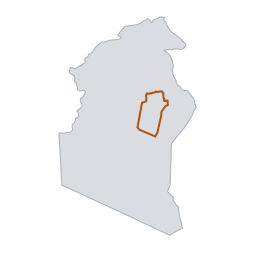 where Barh El Gazel sits in Chad, rotated 177°
{"feature_id": "TCD-5581", "entity_name": "Barh El Gazel", "entity_type": "Prefecture", "adm_level": 1, "iso_a3": "TCD", "parent_name": "Chad", "parent_adm1": "", "projection": "mercator", "projection_center": [16.439, 14.695], "detail": "fine", "context": "in_parent", "style": "outline", "palette": "amber", "viewbox_px": 256, "rotation_deg": 177, "n_neighbors": 0, "source": "natural_earth", "source_scale": "10m", "svg_char_len": 4508}
<svg xmlns="http://www.w3.org/2000/svg" viewBox="0 0 256 256"><g transform="rotate(177 128 128)"><path d="M197.1,74.5L197.1,80.7L197.1,86.9L197.1,93.1L197.1,99.3L197.1,105.4L197.1,111.5L197.1,117.6L197.2,123.7L197.2,125.8L197.0,126.6L196.9,126.7L196.7,126.8L193.5,126.2L192.2,126.2L190.3,126.7L187.4,126.9L185.6,126.8L184.4,127.9L183.4,129.1L183.8,132.1L183.7,133.1L183.4,134.2L182.5,135.1L181.6,135.8L181.1,136.4L180.5,137.8L180.0,138.4L180.1,139.2L179.9,140.1L179.4,140.6L178.1,141.0L177.3,141.4L176.6,142.0L176.1,142.5L176.4,143.1L176.7,144.0L176.9,145.3L177.0,146.1L177.7,146.7L178.0,147.2L178.2,147.7L177.8,148.2L176.2,149.2L175.6,149.5L174.8,150.0L174.6,150.2L173.4,151.1L172.8,152.0L172.5,152.6L172.5,153.6L173.1,155.0L173.8,156.2L174.0,157.1L174.2,158.1L174.1,159.0L173.8,159.8L173.2,160.5L171.0,161.9L169.9,163.4L169.0,165.3L168.8,166.3L169.1,166.9L169.5,167.5L170.2,167.8L171.1,167.9L172.7,167.6L174.2,167.4L175.7,168.0L176.6,169.5L176.2,170.7L176.8,172.7L177.4,175.2L177.3,176.0L177.5,176.3L178.5,176.4L178.7,177.0L178.4,181.3L178.9,182.5L179.5,183.4L180.3,183.8L181.0,184.4L181.4,184.8L182.3,184.9L183.2,185.7L183.5,186.7L183.4,187.7L182.9,189.9L182.4,191.4L181.8,191.3L180.7,190.9L179.3,190.6L177.6,190.3L176.0,190.9L174.2,191.7L173.7,192.3L173.2,192.6L172.4,192.6L171.7,192.7L171.3,193.2L170.7,193.8L168.1,195.1L167.6,195.5L167.3,196.0L167.3,196.5L167.5,197.5L167.5,198.7L166.9,199.8L166.3,200.5L165.5,200.7L164.9,200.9L164.5,201.3L163.2,203.6L162.6,204.0L161.5,204.0L158.1,207.5L157.8,208.5L156.6,209.9L155.0,211.5L153.6,212.3L153.5,212.6L153.1,212.9L152.3,213.3L149.3,215.3L145.8,215.2L144.2,215.9L142.7,216.3L140.5,216.7L139.8,216.6L137.0,216.8L133.6,216.7L132.4,217.0L131.2,217.8L130.3,218.4L130.1,218.6L130.3,218.9L130.2,219.1L132.6,220.7L133.2,221.5L132.6,222.3L132.3,222.4L131.9,223.0L130.5,224.8L128.4,227.0L127.3,227.6L126.9,228.0L126.4,229.4L126.0,229.6L124.6,229.8L121.7,229.9L117.8,230.4L115.5,230.6L114.0,230.4L111.9,231.4L111.2,231.7L110.8,231.7L108.7,232.7L107.0,234.2L106.4,234.4L104.0,235.1L103.1,236.1L102.6,236.2L101.1,234.8L100.1,233.6L99.6,232.4L99.5,232.0L99.2,232.1L98.4,232.6L97.7,233.2L97.3,234.4L94.9,235.2L92.7,235.9L91.8,236.7L90.3,237.2L88.4,237.0L87.0,236.6L85.5,236.5L86.2,235.5L86.5,234.7L86.5,233.7L86.4,233.0L85.6,232.7L85.0,232.2L83.8,229.1L82.5,225.9L80.7,222.8L78.8,220.8L77.4,219.6L76.9,219.5L76.2,219.1L75.7,218.7L73.1,216.6L70.5,214.2L69.8,213.2L68.4,211.5L66.9,209.9L66.2,209.1L65.8,207.7L66.8,206.5L67.9,204.9L69.3,203.9L71.0,203.8L73.9,204.3L77.1,204.4L80.2,204.1L81.0,203.9L81.8,203.9L83.4,204.2L86.3,204.2L87.8,203.5L86.2,202.5L84.5,200.7L82.8,198.9L81.9,197.2L81.0,195.0L80.1,192.3L79.6,188.8L79.7,186.8L79.9,185.4L80.8,183.0L80.2,181.7L80.4,180.6L80.3,179.0L80.0,178.1L78.9,175.4L78.7,175.1L77.7,173.3L77.2,170.1L76.1,168.1L74.3,167.1L73.2,165.9L72.9,163.7L72.2,163.1L69.3,162.4L66.9,162.4L65.2,160.0L63.0,156.8L60.9,153.9L59.6,148.1L58.8,144.8L59.7,143.8L61.4,141.4L63.6,136.8L68.4,129.8L70.9,126.2L75.9,120.8L82.0,114.1L85.4,110.3L86.0,103.4L86.6,96.2L87.0,90.6L87.6,84.1L88.1,78.6L88.4,74.6L88.9,68.9L89.3,67.8L91.7,63.3L91.9,62.7L91.4,61.9L88.0,58.1L86.9,57.3L86.3,55.3L87.2,54.2L83.1,47.7L82.1,46.9L81.6,46.1L81.6,45.0L81.5,40.5L80.4,33.5L78.9,25.2L83.8,22.9L87.5,21.1L92.1,18.8L96.5,21.2L102.8,24.5L109.1,27.9L115.4,31.3L121.6,34.6L127.9,38.0L134.2,41.3L140.5,44.7L146.8,48.0L153.1,51.4L159.4,54.7L165.7,58.0L172.0,61.3L178.2,64.6L184.5,67.9L190.8,71.2L197.1,74.5Z" fill="#d9dde1" stroke="#a8b0b8" stroke-width="1"/><path d="M90.8,160.9L91.0,160.4L91.0,160.1L91.0,156.4L91.0,156.2L90.9,156.1L90.6,155.8L90.5,155.7L90.4,155.4L90.4,155.2L90.2,154.8L90.2,154.7L90.3,154.6L90.5,154.2L90.6,153.9L90.5,153.6L90.5,153.4L90.4,153.2L90.0,153.0L89.7,152.9L89.4,152.8L89.2,152.8L88.8,153.2L88.7,153.2L88.6,153.3L87.1,153.3L87.0,148.9L89.4,147.9L93.0,143.5L93.8,142.1L94.1,138.9L95.8,132.8L98.8,122.2L101.2,118.1L116.5,125.6L116.8,125.8L117.4,126.7L118.5,128.0L112.7,152.4L108.8,153.6L108.6,153.7L108.5,153.9L108.5,154.0L108.1,156.6L108.2,159.8L108.1,160.1L108.0,160.3L107.2,161.5L106.3,161.1L105.6,161.0L105.4,161.0L105.2,161.2L105.0,161.3L104.3,161.4L104.1,161.4L103.9,161.5L103.5,161.5L103.4,161.4L103.2,161.3L102.9,161.4L102.6,161.5L102.4,161.6L102.2,161.7L102.1,161.8L101.9,161.9L98.8,162.3L98.7,162.4L98.6,162.5L98.4,162.6L98.2,162.8L98.1,162.7L97.9,162.7L97.7,162.6L97.2,162.5L96.6,162.4L96.4,162.5L96.2,162.5L95.9,162.7L95.7,162.7L92.3,162.8L92.2,162.7L92.0,161.9L91.9,161.8L90.8,160.9Z" fill="none" stroke="#b45309" stroke-width="2"/></g></svg>